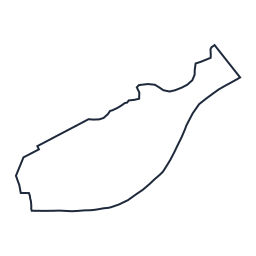 outline of Russey Keo, Phnom Penh, Cambodia, rotated 91°
{"feature_id": "14789045B60405895501285", "entity_name": "Russey Keo", "entity_type": "district", "adm_level": 2, "iso_a3": "KHM", "parent_name": "Cambodia", "parent_adm1": "Phnom Penh", "projection": "robinson", "projection_center": [104.893, 11.621], "detail": "fine", "context": "isolated", "style": "outline", "palette": "slate", "viewbox_px": 256, "rotation_deg": 91, "n_neighbors": 0, "source": "geoboundaries", "source_scale": "gbopen_adm2", "svg_char_len": 1271}
<svg xmlns="http://www.w3.org/2000/svg" viewBox="0 0 256 256"><g transform="rotate(91 128 128)"><path d="M212.4,222.8L212.4,218.7L212.3,209.6L212.1,201.7L211.9,197.9L211.8,194.6L212.2,182.7L211.8,177.0L211.3,172.1L211.0,168.4L211.0,166.5L210.7,162.1L210.0,157.5L208.7,151.0L208.2,146.4L207.6,143.9L204.7,135.9L200.2,126.9L194.5,119.2L189.4,112.0L183.3,105.1L179.2,101.0L174.5,95.7L171.2,92.4L166.0,89.2L159.4,85.3L151.6,81.4L146.6,79.1L142.9,77.4L136.4,74.3L128.3,71.0L124.5,69.7L120.1,67.5L112.1,63.5L102.9,57.3L96.7,49.7L93.1,45.0L87.8,37.9L83.7,31.0L80.9,26.0L77.6,20.3L75.5,16.8L43.6,42.9L45.9,46.0L47.8,46.9L53.9,46.5L56.4,46.6L58.6,51.8L60.6,56.5L62.3,61.5L68.6,62.3L73.5,62.3L79.1,64.5L83.7,69.5L86.7,75.0L89.5,81.8L90.8,87.1L89.6,93.3L86.8,97.6L84.3,101.9L83.7,108.6L84.0,111.2L84.3,113.4L84.9,117.8L87.2,119.9L92.4,117.3L98.5,117.4L99.8,122.4L100.4,127.7L102.6,129.3L103.1,131.6L106.1,135.7L108.3,139.3L110.7,144.2L111.2,146.2L114.5,148.4L118.4,152.6L119.9,157.1L120.2,163.0L120.0,165.9L119.9,167.6L134.6,194.4L147.7,218.3L150.9,216.7L159.2,232.0L177.7,239.2L182.8,237.3L186.9,235.7L194.8,234.1L194.8,228.5L194.8,225.9L198.0,224.8L199.7,224.7L202.0,224.0L203.6,223.7L207.8,223.3L210.3,223.4L212.4,222.8Z" fill="none" stroke="#1e293b" stroke-width="2"/></g></svg>